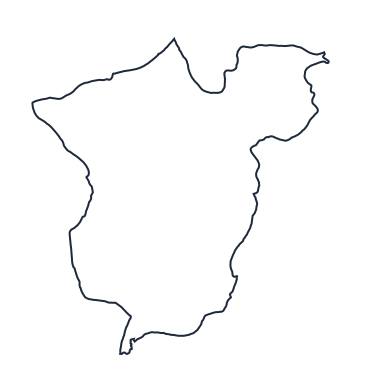 the district of Mensura, Gash Barka, Eritrea, rotated 84°
{"feature_id": "51966322B6823166627891", "entity_name": "Mensura", "entity_type": "district", "adm_level": 2, "iso_a3": "ERI", "parent_name": "Eritrea", "parent_adm1": "Gash Barka", "projection": "albers", "projection_center": [38.235, 15.48], "detail": "fine", "context": "isolated", "style": "outline", "palette": "slate", "viewbox_px": 384, "rotation_deg": 84, "n_neighbors": 0, "source": "geoboundaries", "source_scale": "gbopen_adm2", "svg_char_len": 5904}
<svg xmlns="http://www.w3.org/2000/svg" viewBox="0 0 384 384"><g transform="rotate(84 192 192)"><path d="M37.8,193.7L38.5,194.5L39.5,195.3L42.5,198.9L45.2,201.6L46.7,203.8L47.3,204.2L48.5,205.5L49.1,206.6L50.1,208.0L51.1,210.1L51.1,210.9L52.0,211.2L53.7,213.4L56.6,217.7L59.9,223.0L60.2,223.9L61.7,226.8L62.9,230.3L63.8,234.0L64.4,239.9L64.7,247.0L65.7,253.9L66.2,256.3L66.0,257.6L66.2,258.2L69.1,259.3L70.8,260.4L71.7,261.9L71.5,263.6L70.9,264.7L71.4,267.5L71.4,269.1L70.8,272.3L70.9,274.5L71.1,278.0L71.4,280.7L72.2,284.1L72.3,287.3L73.7,291.4L74.9,293.7L77.4,297.1L79.7,299.6L81.7,303.1L82.8,306.9L85.1,311.5L85.4,312.5L85.5,315.3L84.5,318.8L84.0,321.2L83.3,323.5L84.0,326.9L84.2,331.3L85.1,337.4L86.1,340.6L86.6,341.3L87.0,341.4L90.5,341.5L93.1,341.1L96.7,340.2L99.6,338.9L102.5,336.8L104.2,334.4L106.6,331.3L109.1,328.9L110.3,327.4L112.9,325.1L118.7,321.0L122.2,318.8L125.3,317.2L127.2,315.8L129.8,314.9L132.6,314.5L134.6,313.4L137.4,311.6L137.8,311.2L140.0,308.2L141.8,306.4L143.9,303.7L146.6,300.9L149.0,298.7L151.1,296.8L154.8,294.5L159.0,292.8L161.7,292.5L163.9,292.9L164.7,293.4L165.9,295.3L166.5,295.5L167.5,294.9L170.1,293.7L172.6,293.2L174.0,292.6L176.2,291.1L180.6,290.7L182.2,290.7L185.1,292.8L187.0,292.8L188.4,293.2L190.1,294.2L191.4,295.5L194.9,296.7L199.9,299.3L203.0,300.3L204.6,301.1L205.1,302.0L205.1,303.0L205.2,303.3L210.3,306.6L212.8,309.0L215.6,313.0L216.4,315.1L217.0,316.2L218.1,317.2L219.2,317.8L220.6,318.1L231.5,318.2L235.8,318.1L249.7,318.5L252.3,318.2L254.4,317.7L254.8,317.2L256.7,316.5L258.2,316.4L260.2,315.9L261.0,315.8L263.4,315.3L266.4,314.5L268.5,313.5L269.8,313.2L272.7,313.6L274.8,313.4L275.3,313.0L278.4,312.4L280.3,311.8L284.3,310.0L285.5,309.2L286.6,307.8L287.7,305.7L288.1,304.2L289.0,301.2L289.3,299.1L291.6,289.8L293.3,286.4L294.2,279.6L299.0,274.3L305.2,269.5L307.6,267.5L309.2,265.8L311.0,266.2L312.8,267.7L317.9,270.3L320.3,271.9L324.8,273.7L327.6,274.5L328.6,275.2L331.4,276.4L332.5,277.1L334.6,277.9L339.7,279.2L341.7,279.9L344.3,280.0L345.4,280.4L345.7,279.0L345.7,278.6L344.9,277.6L344.5,276.4L344.7,275.7L345.9,274.4L346.2,273.7L346.2,273.2L345.3,271.2L343.9,270.6L343.2,270.5L342.0,269.8L341.8,269.0L342.0,268.5L341.9,268.3L340.9,268.5L340.5,268.2L340.1,268.2L338.8,268.8L338.4,268.5L337.9,268.6L337.5,268.1L336.9,268.0L336.5,268.3L336.2,268.9L335.8,269.0L334.5,268.6L333.0,268.6L332.7,268.5L332.3,267.8L332.0,265.2L332.4,265.4L333.2,265.4L334.7,264.6L332.6,261.5L332.3,260.2L331.1,257.0L330.3,255.8L329.3,254.9L328.8,254.2L328.2,252.6L327.9,250.2L327.4,248.3L327.2,246.6L327.5,245.5L327.5,244.8L327.9,243.4L328.0,241.1L329.1,237.2L329.2,234.8L329.5,234.5L330.5,232.5L330.5,232.1L331.6,228.0L331.9,227.7L332.1,226.8L332.2,225.1L332.9,223.2L332.9,222.9L333.6,220.6L334.1,216.0L334.1,214.2L333.6,209.3L333.1,208.3L332.6,205.5L329.9,201.2L325.4,197.3L323.7,196.3L322.3,195.9L321.4,195.4L320.5,194.4L316.6,192.1L316.1,191.1L315.8,189.9L315.6,189.5L314.1,182.1L314.0,180.5L314.2,178.4L314.0,176.7L314.2,175.3L313.6,173.6L313.0,172.9L310.7,171.4L310.1,170.7L308.8,169.9L307.7,169.4L305.9,168.9L303.5,167.6L300.8,164.3L297.9,165.0L296.8,164.2L295.6,162.5L294.6,161.7L290.2,159.8L287.4,158.2L283.6,156.6L282.4,156.6L281.5,156.4L280.9,156.0L280.4,156.1L280.7,159.0L280.4,159.5L279.0,160.3L275.4,160.3L273.8,160.9L271.3,161.4L269.2,161.5L264.7,160.8L259.1,157.9L256.4,156.2L255.9,156.1L254.6,155.3L251.3,152.5L250.2,151.1L249.5,150.7L248.9,150.1L246.5,146.9L245.7,146.2L245.2,146.1L243.8,145.4L243.4,144.7L241.5,143.3L240.3,142.0L238.2,140.8L233.7,137.8L231.4,137.0L230.1,136.2L229.1,135.9L222.0,134.2L219.8,132.0L216.3,130.1L212.7,129.2L211.0,128.5L209.9,128.4L207.4,128.9L205.8,129.4L205.3,129.3L204.4,129.4L202.7,130.2L200.3,130.9L199.8,128.4L199.0,127.0L197.9,126.3L195.9,125.8L195.3,125.5L193.2,124.9L192.6,124.4L190.4,124.5L189.4,124.3L187.0,125.2L186.5,125.1L185.3,125.8L183.4,126.4L180.9,126.4L179.5,126.0L178.2,125.2L177.8,125.1L176.3,124.3L174.7,123.0L173.0,122.5L171.6,122.3L168.8,123.0L167.6,123.4L158.9,128.6L156.7,129.2L155.4,129.2L154.1,128.3L153.1,126.7L152.4,124.8L152.2,123.6L148.0,119.8L147.8,119.4L147.8,117.3L147.3,115.1L146.1,113.8L145.2,112.1L145.4,110.2L145.3,109.6L144.9,108.6L144.9,107.1L145.5,105.3L147.3,102.5L147.8,101.2L148.9,99.4L150.5,94.5L150.8,93.5L150.7,92.5L149.9,89.7L148.3,87.2L147.4,83.9L146.1,80.6L144.7,78.4L143.7,76.9L142.5,75.7L141.3,73.7L138.0,70.5L135.9,69.2L132.7,67.0L130.8,65.0L129.6,63.5L127.5,61.4L126.0,59.2L124.8,58.5L123.8,58.3L122.6,58.4L121.4,59.0L119.3,60.3L116.6,62.6L116.1,62.8L114.2,62.9L112.4,62.6L108.9,60.4L108.0,60.1L107.4,60.1L106.1,60.6L105.7,61.3L105.4,62.5L104.7,63.1L104.3,63.2L102.6,63.2L99.5,62.2L98.4,62.2L95.5,65.4L93.3,66.6L90.6,67.7L88.8,68.0L83.9,66.8L82.7,66.1L81.0,64.6L79.0,61.0L78.4,59.2L77.4,55.0L76.6,52.2L76.0,48.9L76.1,46.9L76.5,46.2L77.4,45.2L77.9,44.2L77.8,43.1L77.5,42.7L77.1,42.6L76.2,42.5L75.6,42.9L71.9,47.4L71.2,47.5L70.8,47.3L68.6,45.5L67.9,45.9L66.9,46.0L67.4,47.4L67.8,50.0L68.4,52.8L68.2,54.0L67.4,56.9L66.3,59.4L65.1,61.5L60.0,68.1L59.0,70.4L58.4,72.4L56.8,76.0L56.6,78.9L56.6,84.2L55.9,88.2L55.9,89.8L55.1,93.2L54.1,98.6L54.1,103.3L53.1,107.8L52.9,110.3L53.0,111.1L54.2,115.4L54.5,117.6L54.3,119.6L54.0,120.3L53.2,123.7L52.6,125.3L53.0,127.7L54.0,129.2L57.0,131.7L60.6,133.0L61.4,133.1L63.3,132.6L66.2,132.7L69.0,133.5L69.8,134.3L72.8,134.9L73.5,135.2L74.2,136.2L75.1,137.8L75.4,139.1L75.5,140.7L75.0,142.5L74.8,144.9L75.3,146.0L76.6,147.1L77.8,147.5L83.2,147.4L90.5,148.5L92.1,149.3L94.6,151.2L95.1,151.7L95.7,153.0L96.1,155.2L96.0,157.2L95.5,160.5L95.5,163.0L94.8,164.3L94.2,166.3L92.7,169.3L91.5,170.9L90.1,172.1L85.9,174.7L82.1,177.7L78.5,179.9L76.1,180.9L72.1,182.1L69.7,182.5L68.8,182.8L67.6,182.7L64.8,182.8L63.0,183.3L61.4,183.5L59.9,184.0L58.2,185.0L56.6,186.5L55.7,186.7L55.3,187.0L51.3,188.5L50.7,189.0L49.0,189.9L48.4,189.7L47.6,189.9L46.7,190.3L43.8,191.9L41.6,192.4L38.8,193.5L37.8,193.7Z" fill="none" stroke="#1e293b" stroke-width="2"/></g></svg>